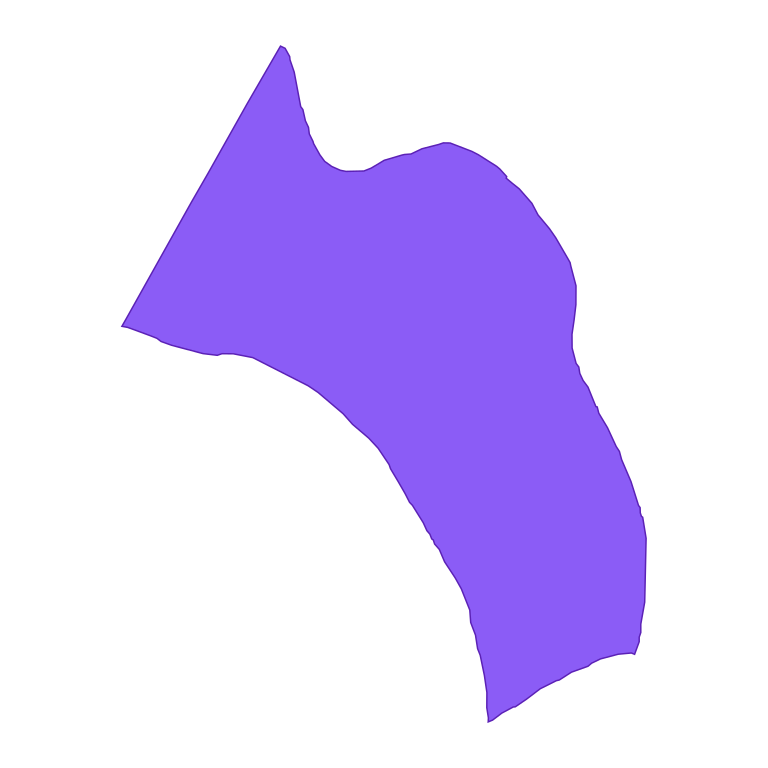 La Democracia, Huehuetenango, Guatemala (Albers equal-area conic projection)
{"feature_id": "79465075B38360675898536", "entity_name": "La Democracia", "entity_type": "district", "adm_level": 2, "iso_a3": "GTM", "parent_name": "Guatemala", "parent_adm1": "Huehuetenango", "projection": "albers", "projection_center": [-91.866, 15.617], "detail": "fine", "context": "isolated", "style": "filled", "palette": "violet", "viewbox_px": 768, "rotation_deg": 0, "n_neighbors": 0, "source": "geoboundaries", "source_scale": "gbopen_adm2", "svg_char_len": 1747}
<svg xmlns="http://www.w3.org/2000/svg" viewBox="0 0 768 768"><path d="M634.6,654.3L639.2,641.7L639.2,637.2L640.8,632.5L640.8,624.1L644.7,602.2L646.1,538.3L642.7,517.3L641.4,516.2L640.3,512.9L640.1,507.6L638.5,505.4L631.0,481.6L621.6,459.6L619.4,451.4L616.2,446.5L607.5,427.7L598.8,413.2L597.2,406.9L595.9,406.6L594.3,402.7L588.0,387.1L583.1,380.5L579.8,373.4L578.8,367.0L576.1,363.4L572.1,348.0L572.0,334.3L574.1,319.9L575.9,304.7L576.0,285.8L570.8,266.0L570.1,262.6L568.2,259.2L555.7,237.7L549.4,228.6L538.0,214.9L531.9,203.3L519.3,188.9L512.3,183.3L506.2,178.2L506.7,176.6L499.8,169.0L496.6,166.3L478.3,154.7L471.9,151.4L450.1,143.0L443.3,142.9L438.6,144.5L422.1,148.7L411.0,154.0L404.4,154.5L401.8,155.1L384.2,160.3L371.2,168.1L363.9,171.0L346.0,171.4L340.4,170.3L331.8,166.5L324.7,161.4L319.9,154.9L313.6,143.6L313.0,141.4L309.3,133.9L308.5,127.4L305.4,120.8L302.9,109.6L300.7,106.6L294.2,72.1L290.0,59.8L289.7,56.6L285.1,48.3L280.5,46.1L247.0,104.0L208.1,173.2L191.4,202.2L126.8,317.7L121.9,326.3L127.7,327.4L150.3,335.7L156.9,338.3L161.1,341.5L171.7,345.3L203.0,353.6L217.3,355.3L222.0,353.7L233.3,353.8L252.8,357.6L308.2,385.8L318.0,392.4L343.1,413.7L352.6,424.4L368.7,438.1L378.1,448.2L389.1,464.6L390.5,468.7L398.2,481.6L405.0,493.4L409.6,502.4L412.4,505.3L423.3,522.8L426.9,530.7L429.9,534.2L431.7,538.9L433.3,540.0L434.6,544.0L439.3,549.4L444.6,561.8L455.2,577.9L461.3,588.8L469.8,610.1L470.7,622.5L475.5,635.1L477.6,648.7L480.2,655.2L484.4,675.5L486.9,692.6L486.8,707.7L488.4,717.9L488.2,721.9L492.6,720.1L501.8,713.1L513.2,707.0L515.3,706.8L526.6,699.1L540.3,688.7L556.3,680.7L559.3,680.0L571.4,672.2L588.1,666.2L591.6,663.2L600.5,658.9L618.3,654.2L631.4,653.0L634.6,654.3Z" fill="#8b5cf6" stroke="#5b21b6" stroke-width="1.5"/></svg>